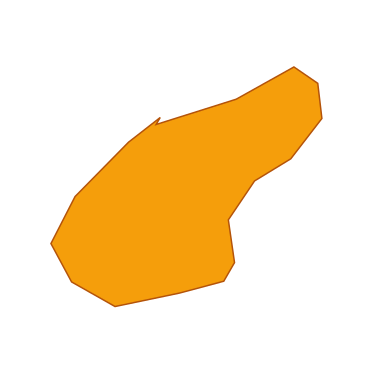 an SVG outline of Šuto Orizari, rotated 255°
{"feature_id": "MKD-5883", "entity_name": "Šuto Orizari", "entity_type": "Municipality", "adm_level": 1, "iso_a3": "MKD", "parent_name": "North Macedonia", "parent_adm1": "", "projection": "equal_earth", "projection_center": [21.409, 42.03], "detail": "fine", "context": "isolated", "style": "filled", "palette": "amber", "viewbox_px": 384, "rotation_deg": 255, "n_neighbors": 0, "source": "natural_earth", "source_scale": "10m", "svg_char_len": 381}
<svg xmlns="http://www.w3.org/2000/svg" viewBox="0 0 384 384"><g transform="rotate(255 192 192)"><path d="M272.2,180.6L266.5,174.8L270.2,258.7L286.4,322.8L264.4,341.6L229.4,336.5L198.5,296.0L186.5,255.3L155.7,219.9L112.8,214.8L97.6,199.6L97.6,154.0L101.3,88.0L136.3,52.4L178.7,42.4L217.9,77.9L256.6,143.7L272.2,180.6Z" fill="#f59e0b" stroke="#b45309" stroke-width="1.5"/></g></svg>